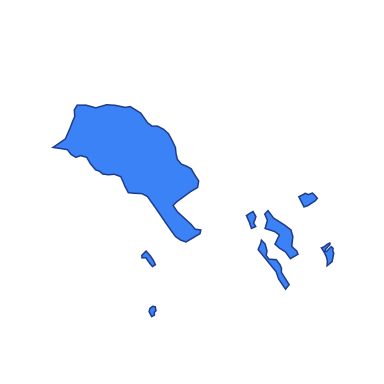 Gunsan-si, North Jeolla, South Korea (Natural Earth projection), rotated 237°
{"feature_id": "91817680B51344731064077", "entity_name": "Gunsan-si", "entity_type": "district", "adm_level": 2, "iso_a3": "KOR", "parent_name": "South Korea", "parent_adm1": "North Jeolla", "projection": "natural_earth1", "projection_center": [126.551, 35.9], "detail": "fine", "context": "isolated", "style": "filled", "palette": "blue", "viewbox_px": 384, "rotation_deg": 237, "n_neighbors": 0, "source": "geoboundaries", "source_scale": "gbopen_adm2", "svg_char_len": 2061}
<svg xmlns="http://www.w3.org/2000/svg" viewBox="0 0 384 384"><g transform="rotate(237 192 192)"><path d="M305.1,99.7L299.4,106.2L295.3,110.6L289.5,111.0L284.4,113.4L283.1,118.5L278.3,122.6L271.2,122.2L263.1,123.2L260.0,125.6L255.6,127.0L251.9,131.4L249.2,136.5L243.7,140.6L238.6,139.9L233.5,138.9L226.1,138.2L222.3,143.0L217.9,149.1L212.5,152.2L197.9,152.8L179.2,153.2L171.7,153.5L163.6,153.9L157.8,156.3L153.4,159.7L153.1,166.1L152.7,176.0L155.4,178.7L159.2,174.3L165.3,173.6L183.6,168.9L191.1,168.9L192.1,173.6L193.1,191.0L192.8,199.2L197.6,203.6L205.7,203.6L211.8,204.0L215.9,201.9L221.3,198.2L227.4,197.5L232.9,199.5L238.3,202.3L245.5,203.3L253.6,204.0L260.1,202.3L266.2,198.8L268.9,194.4L274.3,192.4L285.9,192.0L289.0,190.6L297.3,186.7L299.3,182.1L306.7,174.6L311.7,167.9L315.0,157.1L322.5,150.5L327.4,143.0L324.9,138.0L319.1,134.7L315.8,129.7L312.0,124.6L305.5,114.7L305.1,99.7ZM103.1,233.2L97.3,234.8L90.8,237.8L82.5,238.2L82.1,247.0L85.4,247.7L92.0,246.0L99.7,252.3L106.3,254.3L114.2,251.5L125.7,246.2L135.0,245.6L133.9,241.0L127.1,239.8L121.6,233.4L113.8,239.8L108.3,241.8L103.1,233.2ZM107.7,216.1L79.3,219.1L72.0,217.3L59.5,217.5L61.4,223.0L75.9,223.2L79.1,225.4L82.9,226.2L89.4,225.8L93.8,219.9L98.5,219.7L101.7,222.8L108.5,225.0L113.8,224.0L111.4,221.5L107.7,216.1ZM122.8,293.1L125.6,292.4L126.5,288.1L129.3,286.2L129.3,283.7L129.9,279.0L118.5,277.8L117.5,281.5L117.5,284.6L117.5,290.6L118.5,293.7L122.8,293.1ZM64.3,269.4L60.3,267.9L56.6,265.1L57.3,271.6L63.5,277.6L65.8,277.9L68.0,279.7L70.4,279.0L68.8,272.3L69.8,271.5L71.0,272.3L72.1,276.0L72.6,278.2L73.2,279.5L74.2,279.8L74.5,276.6L74.2,274.2L74.2,272.3L74.7,270.1L69.9,270.1L64.3,269.4ZM142.6,228.8L142.6,224.8L135.2,223.6L129.1,222.0L128.3,226.6L132.5,226.8L135.0,230.4L136.6,232.2L142.4,232.6L142.6,228.8ZM160.9,122.3L167.5,121.3L166.2,115.4L164.0,114.2L161.9,117.6L156.3,117.6L151.0,118.2L151.0,121.7L155.1,122.3L160.9,122.3ZM117.6,96.8L117.3,93.4L115.1,90.9L109.5,90.3L109.2,93.4L111.7,95.0L112.0,97.1L115.7,98.7L117.6,96.8Z" fill="#3b82f6" stroke="#1e3a8a" stroke-width="1.5"/></g></svg>